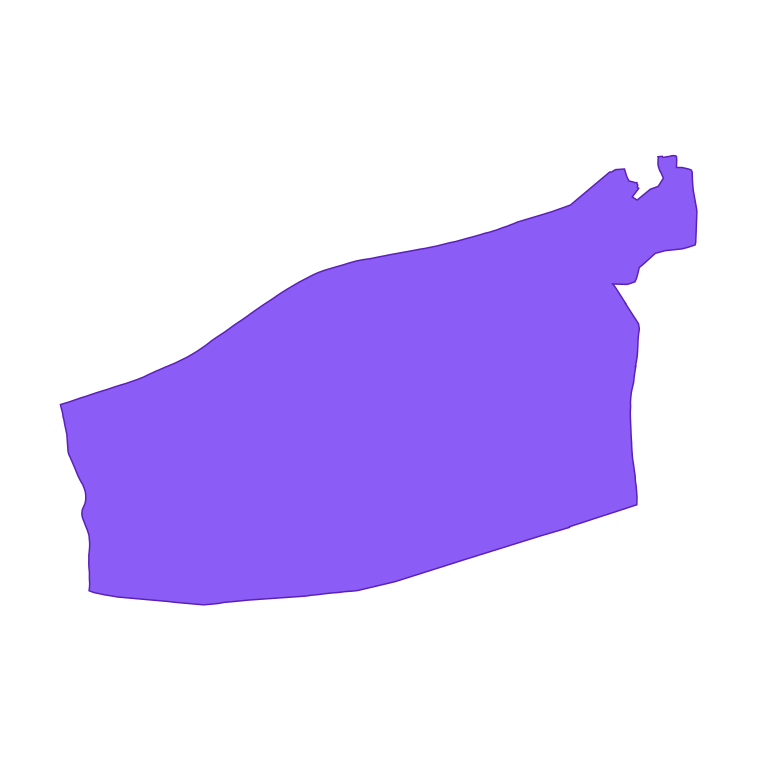 outline of Rada', Al Bayda', Yemen, rotated 86°
{"feature_id": "15242507B79074936513769", "entity_name": "Rada'", "entity_type": "district", "adm_level": 2, "iso_a3": "YEM", "parent_name": "Yemen", "parent_adm1": "Al Bayda'", "projection": "natural_earth1", "projection_center": [44.883, 14.33], "detail": "fine", "context": "isolated", "style": "filled", "palette": "violet", "viewbox_px": 768, "rotation_deg": 86, "n_neighbors": 0, "source": "geoboundaries", "source_scale": "gbopen_adm2", "svg_char_len": 4393}
<svg xmlns="http://www.w3.org/2000/svg" viewBox="0 0 768 768"><g transform="rotate(86 384 384)"><path d="M338.8,127.5L338.5,127.6L334.9,129.6L334.6,129.8L334.0,130.2L332.4,131.0L324.1,135.6L320.6,137.5L320.6,137.2L319.4,137.9L318.5,138.4L315.9,139.8L310.2,142.9L308.0,144.1L303.3,146.7L300.2,148.9L300.3,147.8L300.9,141.7L301.6,135.0L301.2,132.6L299.6,126.6L296.2,124.7L290.1,122.6L285.8,121.3L285.6,121.2L285.2,120.6L282.0,116.2L272.6,104.3L270.6,94.2L270.0,77.3L269.0,71.9L267.0,64.0L264.8,63.2L253.0,61.9L233.4,59.8L230.6,60.0L212.2,62.0L207.7,62.1L204.1,62.1L203.6,62.1L202.3,62.1L194.2,61.8L192.6,62.3L192.1,62.5L191.8,62.9L191.0,64.6L189.9,68.0L188.8,71.8L188.4,77.2L181.3,76.4L178.3,76.4L177.3,76.4L176.6,77.5L176.3,79.8L176.4,81.2L176.5,81.6L176.8,83.3L177.0,84.7L176.9,85.1L177.1,86.4L177.2,87.5L177.4,89.1L177.1,90.2L176.3,90.5L176.4,94.9L177.7,94.6L179.1,94.9L183.2,95.3L185.0,95.3L186.7,95.0L189.5,94.3L190.1,94.1L191.0,93.8L191.4,93.5L191.5,93.4L198.1,90.9L206.0,96.7L208.3,104.8L218.2,118.7L214.7,123.3L208.3,117.7L207.2,116.7L206.5,116.2L205.9,117.1L205.5,117.6L204.9,117.6L204.1,117.1L203.9,117.1L203.4,117.1L202.7,117.1L202.4,117.3L202.0,117.6L201.2,117.7L200.9,117.6L200.7,117.8L200.7,119.1L200.6,119.7L199.9,121.2L199.3,123.2L199.0,123.8L198.8,124.6L198.7,125.4L193.9,127.4L193.0,127.6L186.3,129.1L186.3,138.1L188.5,142.5L188.4,143.0L188.3,144.1L218.5,185.6L223.9,204.9L231.7,239.4L233.3,244.1L234.0,246.5L235.1,249.9L236.4,255.0L238.2,260.9L238.8,263.7L239.5,266.5L239.8,267.6L240.8,273.5L242.1,278.8L242.3,280.1L243.3,284.6L244.5,291.1L244.6,291.7L245.7,296.7L246.8,302.3L247.8,309.5L248.2,311.8L248.8,314.9L248.9,315.6L250.0,321.6L250.8,327.8L251.6,333.7L252.1,339.5L253.0,346.7L253.8,354.2L254.7,362.2L255.2,366.8L255.4,368.6L256.3,375.6L257.0,381.5L258.0,388.8L258.5,396.2L259.3,402.7L260.8,410.2L262.3,416.4L263.6,422.6L265.1,429.6L266.6,436.1L268.2,441.7L270.5,447.9L273.3,454.3L276.2,461.0L279.4,467.5L282.4,473.5L285.4,479.2L288.6,484.8L291.3,489.3L294.4,494.9L297.3,500.0L297.9,501.0L300.8,505.9L303.6,510.6L306.4,515.0L310.3,521.5L313.8,527.7L316.7,532.4L320.2,537.9L323.2,543.2L326.1,548.4L328.8,552.9L332.6,558.5L335.9,564.0L338.6,568.7L341.1,573.6L343.8,579.2L346.1,584.9L348.4,590.5L350.2,595.8L352.0,601.2L353.9,606.5L355.6,611.5L355.9,612.1L358.0,617.8L360.3,623.4L362.3,629.7L363.8,635.3L365.4,641.0L366.6,646.6L368.3,653.6L370.1,660.4L371.8,667.9L373.7,675.5L375.6,682.6L376.8,687.9L378.4,693.7L378.8,695.2L379.9,699.2L381.9,708.2L385.1,707.7L388.0,707.1L391.3,706.6L394.4,706.4L397.5,705.8L401.3,705.4L405.2,704.9L408.1,704.5L412.1,703.9L412.8,703.9L415.2,703.9L418.9,703.9L422.1,703.9L425.6,703.9L429.0,703.9L432.1,703.4L435.1,702.2L438.3,701.1L441.4,700.0L445.7,698.5L448.4,697.6L451.2,696.7L454.2,695.7L457.2,694.5L460.5,693.0L463.3,691.6L466.5,690.5L470.1,689.6L473.1,689.3L476.0,689.4L479.0,689.7L482.4,690.6L485.9,692.5L488.8,693.9L491.9,694.4L494.9,694.4L498.1,693.6L501.5,692.5L504.6,691.6L507.8,690.5L511.6,689.5L514.7,688.8L518.3,688.8L521.5,688.7L524.7,688.9L527.8,689.3L530.9,689.8L534.2,690.4L537.5,690.6L541.0,690.9L544.3,691.1L548.6,691.1L551.8,691.0L555.0,691.3L558.1,691.5L561.4,691.5L564.4,691.7L567.5,692.2L568.8,692.5L569.7,692.6L571.9,687.7L573.4,682.3L574.9,677.1L576.5,670.2L577.9,664.6L586.0,613.9L587.2,607.7L591.7,579.5L591.7,578.9L591.6,572.3L591.4,564.8L590.7,558.6L590.6,553.1L590.5,547.7L590.3,540.6L590.1,534.5L590.1,528.5L590.1,523.0L590.1,516.2L590.1,509.8L590.1,502.5L590.1,497.1L590.1,489.8L590.1,483.0L590.1,477.0L589.6,470.7L589.5,464.9L589.1,457.9L588.8,450.3L588.8,444.1L588.4,437.8L588.4,430.5L588.2,424.8L581.9,386.6L564.7,315.5L546.7,239.6L540.0,209.1L539.7,209.2L539.4,209.2L538.4,205.4L535.1,192.0L532.8,183.1L532.7,182.6L524.5,149.7L522.1,140.2L519.7,140.0L517.7,139.8L514.4,139.5L512.1,139.5L508.0,139.5L503.1,139.6L502.0,139.7L501.1,139.8L498.3,140.0L492.8,139.9L486.9,140.4L481.5,140.7L476.4,141.2L471.9,141.3L470.6,141.3L464.7,141.3L459.6,141.1L455.1,141.1L454.8,141.1L449.9,141.0L443.9,140.8L439.1,140.7L434.0,140.5L433.4,140.5L428.8,140.2L423.9,139.6L419.1,139.4L414.2,138.7L409.4,137.8L404.7,136.4L403.5,136.0L399.9,134.9L395.1,134.1L389.5,132.9L384.5,131.7L383.9,131.5L383.9,132.0L383.7,131.9L379.2,130.7L374.1,129.5L368.5,128.7L363.4,128.1L357.7,127.5L352.8,126.7L347.2,125.5L346.6,125.5L345.7,125.5L343.9,125.7L341.6,125.9L338.8,127.5Z" fill="#8b5cf6" stroke="#5b21b6" stroke-width="1.5"/></g></svg>